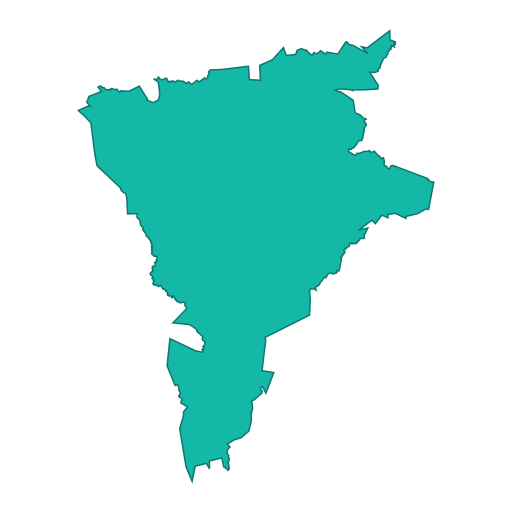 San Dimas, Durango, Mexico (orthographic projection)
{"feature_id": "50627088B11523678727998", "entity_name": "San Dimas", "entity_type": "district", "adm_level": 2, "iso_a3": "MEX", "parent_name": "Mexico", "parent_adm1": "Durango", "projection": "orthographic", "projection_center": [-105.745, 24.115], "detail": "fine", "context": "isolated", "style": "filled", "palette": "teal", "viewbox_px": 512, "rotation_deg": 0, "n_neighbors": 0, "source": "geoboundaries", "source_scale": "gbopen_adm2", "svg_char_len": 5987}
<svg xmlns="http://www.w3.org/2000/svg" viewBox="0 0 512 512"><path d="M97.6,166.3L120.4,187.8L120.8,188.1L120.6,189.2L121.5,190.8L122.9,191.7L123.5,192.6L125.5,193.4L126.0,194.2L126.9,199.4L127.6,213.9L137.1,213.6L137.0,217.3L139.9,220.4L140.3,221.7L139.9,222.7L140.4,223.1L140.7,225.2L141.9,226.6L143.3,227.4L142.7,229.9L143.4,230.1L144.0,231.6L144.5,231.6L144.7,232.4L145.4,232.7L146.5,236.2L147.9,237.4L148.7,237.5L149.1,239.3L150.4,240.5L150.9,241.7L150.7,242.5L151.9,243.3L151.5,244.1L152.0,244.6L152.0,245.7L151.6,246.0L152.4,246.6L151.6,247.0L151.9,248.0L151.6,250.1L152.6,250.7L151.7,251.9L152.0,252.6L151.6,253.8L153.1,254.7L153.2,255.5L154.3,256.3L156.8,256.3L157.1,258.9L156.3,259.8L156.9,261.1L155.6,261.6L155.5,262.4L154.7,262.7L155.3,264.6L155.1,265.3L154.4,266.3L153.3,266.0L152.3,266.7L152.8,267.5L152.1,268.8L152.6,269.5L152.8,271.6L151.7,271.6L151.2,272.5L150.2,273.1L150.6,275.2L152.0,275.6L152.6,276.8L152.6,277.9L152.1,278.3L153.0,278.8L153.1,280.0L154.2,280.4L153.2,282.2L153.0,283.5L153.5,284.7L153.8,285.1L155.2,284.2L156.0,285.5L157.0,285.3L157.8,286.2L158.8,286.6L159.7,285.5L160.5,285.3L162.9,289.0L165.2,289.4L165.7,291.3L166.6,291.4L167.7,292.6L167.9,292.9L167.3,293.3L167.7,295.2L168.3,295.1L169.0,295.9L171.2,296.2L171.8,297.4L172.4,296.1L172.8,296.2L172.8,297.2L174.1,296.4L174.6,298.1L175.3,298.4L175.1,299.2L175.9,299.6L175.8,300.1L177.0,301.3L177.7,301.0L177.9,301.8L178.8,301.9L179.0,302.4L181.2,302.9L181.8,302.3L183.3,302.1L185.1,303.1L184.8,305.3L186.4,307.5L186.5,308.8L172.9,322.9L189.6,324.6L196.3,329.1L197.2,331.8L202.0,335.8L202.8,337.1L202.2,338.9L202.7,340.1L204.6,341.4L205.0,342.3L204.5,344.4L204.7,345.0L203.0,346.4L203.8,347.2L203.8,348.3L203.5,348.5L203.2,348.1L202.9,348.4L203.0,349.8L202.2,349.9L203.1,351.0L202.4,352.2L201.5,352.1L195.6,350.8L169.9,338.7L167.1,365.9L175.1,385.6L177.7,384.3L178.0,386.0L178.9,387.6L179.1,389.1L178.7,389.8L180.3,392.7L180.4,393.6L178.7,396.0L179.7,397.6L180.9,397.7L182.2,399.1L181.1,401.3L181.0,403.1L187.2,406.5L187.2,407.4L183.6,411.7L183.4,416.1L179.7,428.6L186.1,467.0L192.1,481.3L195.2,466.2L206.4,463.4L209.5,468.9L209.4,461.0L221.8,457.9L223.7,466.8L225.3,467.3L225.2,467.7L225.8,468.5L227.3,469.0L227.8,470.4L228.2,470.2L229.0,469.1L228.8,468.4L229.4,467.8L228.7,466.0L228.7,464.1L228.1,462.7L229.4,459.2L228.6,457.5L228.7,455.7L227.3,453.5L227.1,452.3L227.5,449.6L229.9,447.1L229.8,446.6L229.3,446.4L227.3,443.9L234.7,439.7L241.1,437.8L248.9,431.0L251.3,420.6L251.2,413.9L252.7,408.4L251.7,400.8L254.1,399.9L261.9,393.1L262.3,391.6L260.3,388.4L262.3,386.5L265.9,393.1L273.8,372.6L262.0,370.6L265.7,340.5L265.1,337.4L309.5,315.1L310.3,298.4L309.4,290.9L311.1,288.7L314.8,289.2L316.1,290.1L315.4,287.2L318.0,285.8L319.7,284.2L320.3,282.0L321.4,281.5L322.4,280.3L323.6,277.9L324.6,277.4L325.9,277.8L327.5,274.7L328.7,273.6L330.2,272.8L332.7,273.9L334.3,273.7L336.3,273.0L336.8,272.4L336.9,270.5L338.8,271.0L339.9,267.6L341.4,258.1L340.6,258.0L340.6,257.6L342.0,256.6L342.7,255.3L342.6,254.6L343.6,254.3L345.0,251.9L344.9,251.3L344.1,251.1L343.9,250.6L344.5,249.0L345.2,249.0L345.4,248.2L346.2,248.6L347.0,247.1L348.2,246.9L349.5,246.0L349.3,244.8L350.3,243.2L351.4,243.0L352.0,243.9L352.3,243.2L353.7,243.6L355.2,243.0L355.8,243.7L357.1,242.7L357.1,241.9L357.8,241.6L358.4,240.6L358.9,240.7L360.4,238.4L363.5,238.5L364.5,237.8L364.0,235.9L367.8,228.0L358.7,230.2L371.9,220.1L375.3,223.7L381.9,215.1L388.0,217.8L387.6,214.6L395.3,213.3L405.9,218.4L406.0,216.4L417.8,213.6L425.8,209.0L428.6,209.5L433.7,182.2L433.3,182.0L433.2,182.7L428.0,180.3L428.6,179.3L426.1,178.0L393.1,165.5L390.9,165.8L389.5,168.6L388.0,168.7L387.2,167.3L386.0,166.1L384.7,165.7L384.0,164.7L384.4,161.5L383.5,157.9L382.4,157.8L381.6,158.6L381.5,158.1L380.4,157.9L379.6,156.1L377.9,155.3L374.2,151.1L371.9,152.5L371.0,152.2L369.5,150.6L367.5,151.3L363.4,151.5L362.6,152.2L358.4,153.5L357.0,153.2L355.9,154.9L355.3,155.2L353.7,154.8L348.4,151.4L348.8,149.3L349.6,149.3L349.8,148.8L350.0,149.2L351.2,149.4L352.4,148.1L353.8,147.9L355.4,145.5L356.7,144.3L356.8,143.3L358.4,141.4L359.7,140.5L361.4,140.6L362.0,140.1L361.8,138.8L362.8,138.2L362.8,136.5L363.4,135.2L363.1,134.1L364.1,132.0L364.3,128.0L366.3,125.0L366.4,124.1L365.1,122.7L364.1,120.8L364.4,120.1L366.1,119.3L365.6,118.7L363.5,118.3L362.6,117.7L362.3,116.9L360.2,115.0L357.6,113.7L356.4,113.6L355.1,112.4L353.2,100.3L340.4,91.7L338.5,91.9L335.3,90.1L340.6,88.9L351.2,89.8L352.7,90.5L352.6,89.9L364.8,89.8L377.8,89.0L378.3,85.6L369.8,72.2L374.6,72.5L378.0,71.3L378.5,68.7L380.0,68.0L380.8,64.1L381.4,63.7L381.8,61.8L382.8,60.5L383.1,58.6L386.2,57.2L386.5,55.5L387.7,54.3L388.1,51.6L389.4,50.7L389.6,49.4L391.0,49.2L391.0,47.3L391.6,47.1L391.3,46.3L391.6,45.5L394.5,46.9L394.0,44.7L395.3,44.4L395.3,43.5L394.6,42.8L395.4,42.7L395.3,41.8L389.9,39.9L389.8,30.7L367.1,47.9L361.6,46.8L368.2,53.7L352.7,45.2L348.7,44.4L347.7,42.4L345.8,41.8L337.8,54.1L326.8,52.1L325.7,54.3L320.6,50.7L317.1,53.8L313.6,52.6L312.6,55.2L310.1,54.2L308.9,52.7L307.0,51.5L307.1,50.5L301.1,48.7L297.1,50.3L295.7,54.4L286.3,55.5L283.5,47.7L272.3,59.8L259.7,65.4L260.4,80.3L249.4,79.6L248.4,66.2L223.3,69.4L210.3,70.0L208.5,71.8L209.2,74.0L207.7,75.7L207.6,77.9L205.8,79.0L205.1,78.7L204.6,77.9L199.1,81.9L196.9,80.3L191.7,84.6L188.7,81.9L186.7,83.4L182.9,81.1L180.7,81.3L178.8,80.4L177.2,80.5L176.7,81.2L174.9,81.9L172.4,80.8L171.4,81.9L170.1,81.2L168.6,82.0L167.4,80.2L166.8,78.4L164.9,78.4L163.4,79.5L161.4,79.7L160.0,79.2L159.0,77.5L158.1,77.1L157.6,78.6L156.8,79.5L155.8,79.6L154.7,79.0L154.2,79.3L158.3,82.0L159.8,93.7L158.9,98.6L158.2,100.1L153.3,102.6L146.9,100.2L147.5,99.1L139.3,86.2L129.4,91.0L126.0,91.3L124.4,90.8L122.6,91.4L121.3,90.5L120.2,91.3L119.8,92.2L118.0,90.8L117.2,89.3L114.7,89.5L111.5,88.5L110.7,88.9L110.0,90.3L108.9,89.5L106.0,89.9L104.0,87.6L102.6,87.7L101.1,86.2L99.9,86.1L98.0,87.1L101.4,91.5L89.0,96.4L86.8,102.1L90.1,106.2L87.6,106.3L78.3,110.5L84.7,116.3L90.9,122.8L94.7,153.2L96.8,164.9L97.6,166.3Z" fill="#14b8a6" stroke="#0f766e" stroke-width="1.5"/></svg>